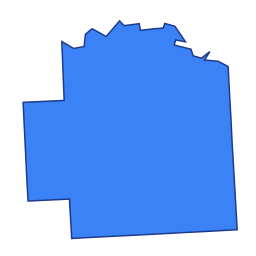 outline of Wabaunsee, Kansas, United States of America, rotated 357°
{"feature_id": "52423323B37462453886567", "entity_name": "Wabaunsee", "entity_type": "district", "adm_level": 2, "iso_a3": "USA", "parent_name": "United States of America", "parent_adm1": "Kansas", "projection": "robinson", "projection_center": [-96.171, 38.975], "detail": "fine", "context": "isolated", "style": "filled", "palette": "blue", "viewbox_px": 256, "rotation_deg": 357, "n_neighbors": 0, "source": "geoboundaries", "source_scale": "gbopen_adm2", "svg_char_len": 598}
<svg xmlns="http://www.w3.org/2000/svg" viewBox="0 0 256 256"><g transform="rotate(357 128 128)"><path d="M231.7,235.3L231.4,175.8L231.2,149.3L231.3,122.9L231.2,96.8L231.2,71.9L221.6,66.1L208.0,64.1L213.7,56.0L205.0,62.1L196.8,59.3L195.0,52.6L178.5,47.6L180.1,42.6L189.9,44.9L180.2,28.9L170.2,25.5L168.3,30.1L159.9,30.2L145.5,31.1L144.7,24.4L129.5,25.6L125.2,20.6L111.0,35.5L97.7,27.1L96.6,27.4L90.4,32.2L88.4,44.4L77.9,45.7L66.4,38.2L65.7,97.1L24.6,96.9L24.3,176.0L24.4,195.7L65.8,195.9L66.0,235.4L79.9,235.3L141.8,235.4L231.7,235.3Z" fill="#3b82f6" stroke="#1e3a8a" stroke-width="1.5"/></g></svg>